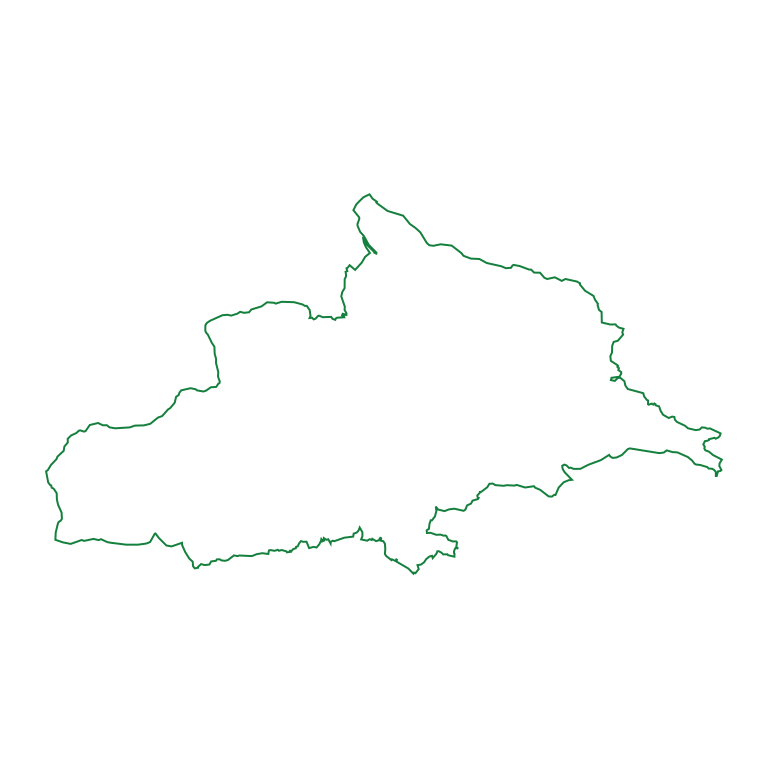 outline of Ghelari, Hunedoara, Romania
{"feature_id": "2599482B13335161568534", "entity_name": "Ghelari", "entity_type": "district", "adm_level": 2, "iso_a3": "ROU", "parent_name": "Romania", "parent_adm1": "Hunedoara", "projection": "equal_earth", "projection_center": [22.789, 45.717], "detail": "fine", "context": "isolated", "style": "outline", "palette": "green", "viewbox_px": 768, "rotation_deg": 0, "n_neighbors": 0, "source": "geoboundaries", "source_scale": "gbopen_adm2", "svg_char_len": 6089}
<svg xmlns="http://www.w3.org/2000/svg" viewBox="0 0 768 768"><path d="M617.8,340.8L623.1,334.6L622.3,332.3L623.5,328.8L619.2,327.7L616.6,325.9L615.6,324.4L610.2,324.5L601.8,322.5L601.6,312.0L599.0,309.9L597.6,305.1L597.9,303.8L595.1,299.9L593.5,295.9L585.1,290.8L579.9,284.5L580.0,283.3L576.8,281.5L565.4,279.0L561.8,280.9L554.8,277.3L547.2,279.0L544.4,277.8L540.0,272.7L534.1,272.6L531.1,269.6L529.2,269.6L519.8,266.1L513.6,264.9L512.5,265.5L511.0,267.8L505.9,268.2L501.1,266.2L486.7,263.0L479.4,259.0L470.9,258.6L463.5,255.8L461.5,253.2L451.7,245.6L440.7,244.3L433.3,245.8L429.2,245.2L426.7,242.8L420.3,232.3L415.4,227.9L409.9,224.0L403.2,215.7L387.6,211.0L377.3,203.5L376.3,202.4L376.9,201.7L372.6,198.7L369.5,194.3L363.4,197.3L359.1,201.5L356.3,204.4L353.4,210.2L359.2,217.4L359.3,219.0L357.5,223.9L357.5,225.6L360.1,231.8L363.7,235.8L368.9,245.0L376.5,252.8L376.3,253.6L374.4,252.8L373.9,251.6L367.5,245.4L366.0,243.3L364.3,239.1L363.2,238.4L363.8,242.3L365.9,247.1L369.9,253.0L365.1,256.9L361.7,262.7L355.1,269.9L349.6,265.2L347.8,267.6L346.5,268.3L347.3,271.2L345.6,271.8L346.1,275.1L345.9,276.8L344.7,279.0L344.6,288.2L342.2,292.2L341.3,296.4L344.8,306.7L344.6,310.0L346.5,313.3L346.4,314.8L342.7,313.8L342.1,315.4L344.4,315.7L343.7,316.6L344.1,317.3L337.2,317.7L335.8,318.5L335.3,319.8L332.6,318.9L331.2,316.9L322.7,317.2L319.5,315.8L318.2,315.8L315.5,318.7L313.7,319.4L312.0,317.7L309.6,318.0L310.5,316.0L309.7,310.1L306.8,305.9L304.8,305.9L302.7,304.5L294.1,302.2L281.6,301.8L275.7,303.6L274.3,302.8L267.1,302.3L261.5,306.4L251.3,309.5L249.0,312.3L243.9,312.8L240.1,311.8L237.5,313.6L231.2,315.6L227.6,314.8L222.5,315.2L210.0,320.8L206.8,323.0L205.4,325.2L205.3,330.3L205.9,332.4L207.9,334.7L211.8,342.8L214.4,346.7L214.7,354.0L216.1,358.9L216.0,362.9L218.3,372.2L218.0,376.5L219.8,381.6L219.4,383.2L218.4,383.6L216.2,386.9L210.8,387.3L206.1,390.6L203.4,391.5L197.1,390.4L195.7,389.3L190.7,388.2L181.3,390.3L179.5,392.5L178.6,395.1L176.1,396.8L174.7,402.7L170.2,408.1L168.1,409.4L162.1,416.1L157.9,417.6L150.3,423.8L143.8,425.4L134.9,425.6L129.7,427.4L115.1,428.3L109.4,427.3L106.8,425.2L102.9,425.3L98.1,423.0L89.8,425.0L85.5,431.2L83.9,431.6L80.4,430.4L79.0,430.6L76.2,433.1L71.2,435.4L67.7,438.8L67.8,442.5L64.4,446.5L63.7,450.8L57.4,456.7L56.6,459.0L51.0,464.9L47.9,470.0L46.1,471.4L48.2,482.4L50.2,485.1L51.2,485.4L51.7,487.7L53.7,488.7L56.7,493.2L56.9,499.6L58.1,504.8L61.6,512.7L61.9,518.8L60.8,520.6L58.6,522.0L57.8,523.9L55.7,532.6L55.4,539.8L63.0,542.4L70.7,543.9L81.7,540.0L84.1,540.9L93.5,538.9L98.6,540.1L101.0,539.2L107.3,542.1L110.4,542.7L126.4,544.7L137.9,544.7L146.5,543.5L150.1,542.0L154.8,533.7L155.5,533.5L158.9,538.0L166.4,545.5L171.6,546.4L182.0,542.8L182.1,545.1L185.2,552.0L189.3,558.6L192.7,561.7L193.1,566.3L194.8,568.4L198.1,567.7L198.0,566.9L201.1,564.1L204.8,565.1L209.4,564.5L211.2,561.4L215.9,560.8L217.0,559.3L219.9,559.3L221.4,560.4L225.0,560.8L227.8,560.1L234.0,555.4L237.3,556.1L239.4,555.5L251.9,556.1L256.6,554.2L262.3,553.2L268.3,554.0L269.0,550.4L270.5,550.1L274.6,550.8L277.8,549.8L279.0,550.8L281.6,550.0L286.5,551.4L286.9,552.3L290.7,551.8L290.2,550.8L291.7,550.8L293.3,549.0L295.8,548.3L296.1,546.8L297.7,546.4L299.2,543.2L301.0,541.1L303.2,541.8L306.5,541.7L309.1,548.1L313.5,546.9L316.6,547.5L319.5,544.0L320.4,541.9L321.5,541.6L321.0,540.9L321.4,538.9L323.4,540.9L324.1,540.6L324.0,538.2L326.4,539.8L328.3,539.3L330.6,543.6L330.8,541.7L332.9,540.7L334.2,541.2L344.3,537.7L353.2,536.6L353.7,533.6L356.7,532.6L358.5,530.6L359.7,527.5L362.4,532.2L362.4,536.3L361.1,539.4L367.2,540.7L369.7,539.2L371.7,540.0L372.2,538.8L376.1,541.1L378.8,540.3L380.3,537.8L380.8,537.9L381.2,538.7L380.8,540.7L383.3,541.2L384.9,543.7L385.3,548.9L384.9,554.0L386.2,556.0L391.4,560.1L391.9,559.3L395.5,561.0L396.3,559.4L396.9,559.7L396.5,561.6L408.3,568.5L413.4,573.7L414.0,572.6L415.4,573.2L418.7,569.1L417.5,565.1L420.9,564.6L424.1,562.3L426.1,559.2L429.4,556.5L432.0,555.8L432.7,558.1L436.4,553.8L437.4,551.3L438.7,551.2L441.5,552.7L443.2,554.4L447.4,554.3L448.0,555.2L454.4,556.7L454.5,553.7L454.0,553.0L454.0,551.4L455.0,548.6L455.7,547.9L458.2,548.6L456.3,546.8L457.0,542.3L456.2,541.4L452.6,541.4L448.3,539.8L446.4,536.1L445.5,535.5L443.7,535.7L440.5,534.6L436.3,534.8L430.5,532.8L426.9,533.0L426.7,530.3L428.9,528.9L429.5,523.9L430.7,520.3L431.9,520.4L434.9,516.5L436.4,511.0L435.8,506.5L438.0,509.5L444.5,511.1L449.0,509.4L454.3,508.7L463.6,510.8L465.4,509.6L467.1,505.4L471.0,503.6L472.6,500.6L477.9,499.1L478.6,498.0L477.8,497.8L477.3,495.5L479.9,492.7L479.9,491.9L481.3,491.8L487.3,487.2L489.4,483.8L492.8,483.6L495.3,485.1L503.6,485.8L506.9,485.2L514.6,485.6L516.6,484.9L525.1,487.5L533.9,486.2L535.2,487.7L540.1,489.8L548.7,496.4L552.0,496.6L554.1,494.8L555.5,495.0L558.7,487.5L563.8,482.2L568.8,480.2L572.0,479.8L564.5,472.1L562.7,469.0L562.2,465.8L564.3,464.6L566.5,465.4L569.1,468.0L570.7,467.6L573.5,468.9L580.2,468.9L588.5,464.7L600.9,460.1L609.1,454.9L610.3,456.5L612.5,457.9L616.5,457.5L621.9,455.0L627.8,449.1L629.9,448.4L659.1,453.1L663.7,452.6L666.7,450.4L672.6,452.1L677.4,452.4L687.8,457.0L692.1,460.5L694.6,463.8L696.0,464.5L700.3,465.0L707.3,467.1L708.6,468.5L712.1,468.8L714.0,469.8L715.8,471.9L715.9,476.0L716.7,476.0L718.0,471.4L720.3,471.0L721.4,470.1L719.3,465.9L719.6,463.3L721.9,459.6L713.1,455.1L708.9,451.6L705.3,450.3L704.3,448.3L704.8,446.8L703.3,444.4L705.0,441.1L707.6,440.7L709.0,439.9L709.0,439.2L714.5,437.8L715.7,438.7L718.3,437.5L719.8,435.9L720.6,433.4L709.9,428.4L707.3,428.7L705.3,427.7L701.8,427.4L699.7,429.5L695.8,430.1L688.0,428.3L685.1,425.8L676.9,421.9L674.9,419.7L674.4,417.0L672.2,416.6L668.8,418.0L663.1,414.8L660.7,411.0L659.1,406.4L655.6,405.3L655.5,404.2L654.4,403.5L653.3,404.6L651.9,403.6L648.6,404.7L648.0,404.2L648.1,400.5L646.8,399.9L644.1,396.3L643.3,393.2L627.8,389.0L625.4,385.6L624.4,381.2L620.1,377.7L617.7,378.0L614.9,380.9L610.9,380.1L611.5,377.8L619.5,376.7L621.2,373.6L621.2,372.1L618.4,370.1L618.9,368.2L617.7,367.4L617.4,366.7L618.1,366.0L617.5,365.2L610.9,360.9L610.3,356.3L612.0,352.5L612.2,345.8L613.7,341.9L617.8,340.8Z" fill="none" stroke="#15803d" stroke-width="2"/></svg>